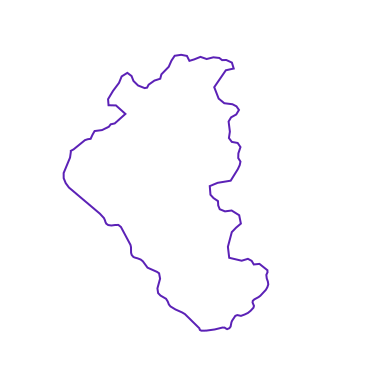 the Province of Kardzhali, rotated 58°
{"feature_id": "BGR-2237", "entity_name": "Kardzhali", "entity_type": "Province", "adm_level": 1, "iso_a3": "BGR", "parent_name": "Bulgaria", "parent_adm1": "", "projection": "orthographic", "projection_center": [25.602, 41.573], "detail": "fine", "context": "isolated", "style": "outline", "palette": "violet", "viewbox_px": 384, "rotation_deg": 58, "n_neighbors": 0, "source": "natural_earth", "source_scale": "10m", "svg_char_len": 2024}
<svg xmlns="http://www.w3.org/2000/svg" viewBox="0 0 384 384"><g transform="rotate(58 192 192)"><path d="M300.0,170.4L301.7,172.9L304.9,174.4L308.1,175.1L310.8,176.3L312.7,178.6L314.1,181.2L316.2,189.0L316.4,191.3L316.1,196.1L316.5,198.1L317.8,199.2L321.4,199.8L322.7,201.2L323.8,205.3L324.2,208.7L323.8,212.2L323.0,216.1L320.4,218.8L320.0,220.9L322.4,226.2L323.4,227.6L326.6,230.6L327.3,232.5L326.9,234.9L325.7,235.6L324.3,236.2L323.1,238.0L320.6,245.6L317.1,253.4L314.5,257.6L313.1,258.4L311.4,258.0L291.8,262.7L288.9,264.2L282.8,268.3L277.6,270.9L275.1,271.2L272.0,270.6L268.8,270.6L263.1,273.6L259.8,274.3L255.4,272.4L248.6,265.0L243.5,263.0L241.2,264.0L232.6,269.8L224.7,270.4L222.1,271.3L219.3,273.4L217.6,275.0L216.1,276.1L213.5,276.5L211.3,275.9L206.5,273.0L204.3,272.2L184.0,270.8L180.9,271.9L179.2,274.8L177.7,278.1L175.6,280.6L173.4,281.5L171.6,281.3L169.8,280.8L167.4,280.5L161.6,281.6L123.0,294.0L117.6,294.4L112.3,293.5L107.9,290.8L98.2,277.2L93.8,273.5L92.9,273.0L93.1,269.8L91.3,255.3L92.0,252.4L93.2,249.8L90.7,246.0L88.7,242.3L91.8,235.5L92.6,227.9L91.5,225.1L92.9,221.2L90.5,207.1L78.3,210.6L74.2,216.8L68.8,214.0L64.4,205.4L60.8,196.1L56.7,190.4L56.7,183.7L61.6,181.8L66.8,182.8L73.1,181.3L78.8,177.1L79.7,174.8L78.0,171.9L77.6,164.8L79.1,158.9L76.0,155.6L73.5,145.4L69.7,139.8L67.3,134.5L69.9,128.5L73.9,124.2L79.4,124.7L80.7,119.9L81.9,113.2L87.0,109.1L89.1,102.5L92.8,97.8L96.1,96.6L98.2,93.0L103.4,89.6L109.4,91.2L106.7,98.8L114.9,117.6L126.9,119.9L133.8,117.6L139.0,111.2L142.9,108.9L147.3,108.7L149.7,113.4L149.4,119.3L151.6,123.6L160.9,127.9L165.8,132.1L170.6,131.7L174.6,127.3L179.6,127.1L183.8,132.2L187.7,134.8L191.9,134.8L194.5,137.3L196.9,141.0L202.9,153.2L197.8,165.4L196.4,173.8L204.1,177.8L208.5,177.0L213.5,174.8L217.3,176.9L221.3,177.6L225.9,174.3L228.7,168.2L236.7,164.3L244.7,167.3L245.6,173.5L247.1,179.5L257.5,190.6L267.5,195.3L276.6,186.3L278.3,180.0L282.0,177.9L286.2,178.0L288.7,172.9L298.3,169.5L299.9,170.4L300.0,170.4Z" fill="none" stroke="#5b21b6" stroke-width="2"/></g></svg>